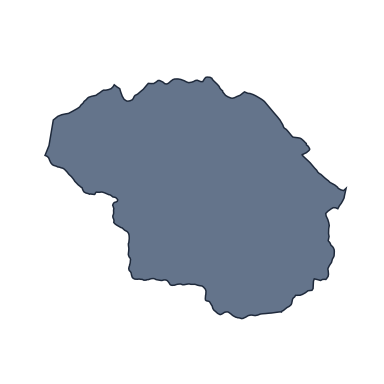 outline of Hiley, Geylegphug, Bhutan, rotated 100°
{"feature_id": "84629894B8166759987677", "entity_name": "Hiley", "entity_type": "district", "adm_level": 2, "iso_a3": "BTN", "parent_name": "Bhutan", "parent_adm1": "Geylegphug", "projection": "mercator", "projection_center": [90.268, 26.934], "detail": "fine", "context": "isolated", "style": "filled", "palette": "slate", "viewbox_px": 384, "rotation_deg": 100, "n_neighbors": 0, "source": "geoboundaries", "source_scale": "gbopen_adm2", "svg_char_len": 5985}
<svg xmlns="http://www.w3.org/2000/svg" viewBox="0 0 384 384"><g transform="rotate(100 192 192)"><path d="M76.6,192.1L75.9,194.2L76.0,194.9L76.2,197.0L76.7,198.3L77.7,199.0L78.7,199.5L79.7,199.9L81.4,200.6L81.8,202.4L81.5,203.9L81.0,206.3L81.6,208.0L82.9,209.6L83.9,211.4L84.9,214.2L84.6,216.4L83.8,218.8L83.1,222.6L83.1,225.3L83.7,228.6L84.6,230.3L86.5,232.1L89.0,234.1L90.0,235.6L90.1,237.5L88.8,239.7L87.8,243.3L88.1,244.8L89.9,246.4L91.8,248.5L92.3,251.0L92.6,253.9L94.9,255.3L99.3,257.8L102.0,260.1L105.2,262.7L106.7,264.8L107.9,265.5L110.2,266.1L111.6,266.9L112.9,268.8L113.7,270.9L113.7,272.3L112.5,275.0L109.8,277.3L106.0,279.5L102.8,281.1L101.6,284.0L99.9,287.2L102.0,288.0L104.3,289.6L105.7,292.1L106.7,294.6L107.1,296.9L108.4,298.4L110.2,300.0L111.8,301.8L113.4,303.2L115.2,307.5L116.6,310.1L117.6,311.1L119.4,312.2L121.5,314.0L123.4,314.7L125.7,316.5L127.8,317.4L130.0,319.7L133.5,324.0L136.0,327.2L137.2,330.5L138.5,333.7L140.8,337.3L145.2,341.1L171.1,340.9L181.5,343.1L181.8,341.7L182.1,340.8L183.1,339.3L184.0,338.6L185.4,337.8L187.8,336.1L189.3,334.3L189.8,333.0L190.1,330.5L190.3,329.5L190.6,328.9L190.6,326.6L190.9,325.2L191.0,323.4L191.4,322.3L192.0,321.2L194.0,318.5L196.0,316.3L197.8,313.4L200.1,310.8L201.8,309.3L204.8,305.2L205.6,303.6L206.4,302.4L206.8,301.1L207.9,300.5L209.3,299.6L210.6,298.5L211.0,297.5L211.4,296.4L211.6,293.7L212.0,292.7L211.6,291.8L211.4,287.7L210.8,287.1L209.9,287.0L208.8,286.3L208.4,283.3L207.7,281.0L207.7,280.0L207.8,279.2L208.0,277.9L208.8,274.5L209.1,273.3L209.0,272.6L209.2,271.7L209.8,270.5L210.6,269.1L210.6,266.8L210.8,266.2L211.1,265.5L212.4,263.9L213.0,263.8L214.1,264.0L214.8,264.7L215.8,266.7L216.9,267.4L218.0,267.7L218.9,267.8L219.8,267.2L221.9,266.1L223.5,266.1L226.4,265.5L227.6,265.5L229.0,265.8L230.0,265.7L231.1,265.3L232.2,264.5L233.9,263.8L235.5,263.8L236.1,263.2L237.0,261.9L237.8,260.1L238.7,257.6L239.0,256.8L239.4,255.7L239.5,254.5L241.2,251.9L241.5,251.2L242.0,249.6L242.3,248.9L242.8,248.2L243.4,247.7L244.1,247.1L245.0,246.7L245.8,246.4L247.4,246.0L249.0,245.7L250.6,245.6L253.0,245.4L253.6,245.7L255.0,245.5L258.6,244.4L261.2,244.1L264.5,243.9L265.4,243.5L266.9,242.6L267.8,241.5L268.7,241.0L269.5,240.7L270.3,240.8L271.9,240.6L273.6,240.6L274.4,240.8L275.2,240.7L276.8,241.0L277.6,241.0L278.4,241.0L279.2,240.7L279.9,240.4L280.5,239.8L280.9,239.1L281.5,238.5L282.1,238.0L282.8,237.7L284.4,237.1L285.1,236.7L285.8,236.4L286.5,235.9L287.0,235.3L287.3,234.5L287.6,233.8L287.7,233.0L287.5,231.4L287.4,230.6L286.9,229.0L286.9,227.4L286.8,226.6L286.7,225.8L287.2,224.2L287.1,223.4L286.9,222.6L286.7,221.8L286.2,221.2L285.9,219.8L284.7,217.6L284.4,216.9L284.2,216.1L284.0,215.3L283.9,214.5L284.0,213.7L284.5,212.1L284.5,211.3L284.5,209.6L284.5,207.2L284.4,206.4L284.1,205.6L283.7,204.9L283.4,204.1L283.3,203.3L283.2,202.5L283.4,201.7L283.6,200.9L284.1,200.3L284.6,199.7L285.8,198.5L286.4,198.0L287.0,197.4L287.3,196.7L287.4,195.9L287.3,195.1L286.7,192.7L286.2,192.0L285.5,190.6L285.0,189.0L284.8,188.2L284.6,187.4L284.7,186.6L285.0,185.0L284.8,184.2L284.6,183.4L283.7,181.1L283.2,179.6L283.0,178.8L283.1,177.1L283.0,176.3L282.4,173.1L282.5,172.1L282.8,170.5L282.9,168.8L282.9,168.0L282.8,166.4L282.9,165.6L283.3,164.8L283.7,164.1L284.7,162.8L285.2,162.2L285.9,161.7L286.6,161.3L287.3,161.0L288.1,160.9L290.5,160.6L291.3,160.7L294.6,160.4L295.4,160.2L296.1,159.9L296.5,159.2L296.7,158.4L296.7,157.6L296.7,156.8L296.9,156.0L297.4,155.3L298.0,154.8L299.9,153.2L300.4,152.6L301.1,152.2L302.6,151.5L303.3,151.1L303.9,150.5L304.5,150.0L304.9,149.3L305.7,147.9L307.0,145.8L307.3,145.0L307.8,143.4L307.8,142.8L307.3,141.9L306.5,140.8L305.4,139.7L304.8,139.0L304.5,138.3L304.2,137.5L304.0,136.7L303.9,135.9L304.1,135.1L304.4,134.4L305.5,132.2L306.0,131.5L306.3,130.8L306.7,130.1L307.0,129.3L307.2,128.5L307.5,127.8L307.7,127.0L307.7,126.2L307.9,125.4L307.8,124.6L307.8,123.0L307.9,122.2L308.1,121.4L307.9,120.6L307.6,119.8L306.2,117.8L305.7,117.1L304.6,115.9L304.1,115.3L303.7,114.6L303.4,113.8L303.1,113.1L302.9,112.3L302.8,111.5L302.8,109.0L302.7,108.2L302.1,106.7L301.8,105.9L300.5,103.8L300.2,103.1L299.7,101.5L298.9,98.3L298.0,95.2L297.8,94.4L297.6,93.6L297.4,92.8L295.4,86.6L294.9,85.0L294.7,84.2L294.7,83.0L293.9,82.8L293.3,82.2L292.9,81.5L289.2,78.3L288.1,76.8L287.3,76.0L285.7,74.8L284.4,74.5L281.5,74.4L280.4,74.4L279.6,74.2L278.6,73.7L277.5,72.7L275.8,72.1L274.9,67.6L273.7,65.5L271.5,62.8L269.1,60.6L268.0,56.8L266.1,56.0L258.7,56.9L256.3,56.5L256.5,53.0L256.8,50.0L255.5,48.4L255.0,46.5L254.9,45.0L254.1,44.5L251.5,43.3L249.3,43.3L245.9,44.2L244.4,44.8L243.6,44.8L241.4,44.2L239.5,43.5L237.2,42.4L235.0,42.2L233.3,42.0L232.0,41.4L230.3,41.0L228.3,41.2L225.9,41.5L224.1,42.0L222.5,43.0L221.2,44.3L220.5,45.7L218.0,47.4L216.4,49.4L212.0,49.3L209.3,50.3L204.5,51.0L201.2,51.0L198.5,52.0L195.5,53.5L192.4,55.7L189.9,56.6L187.3,54.8L184.4,52.0L182.9,50.2L182.6,47.8L183.2,45.5L180.1,44.5L177.1,43.0L174.3,42.0L171.5,41.2L168.9,41.2L161.6,40.9L164.3,43.0L164.0,45.8L163.0,48.6L162.0,49.5L160.4,52.4L158.5,58.0L157.2,59.7L156.9,60.4L154.9,64.0L154.0,65.4L152.3,68.1L151.6,70.0L150.5,71.7L149.0,72.9L147.1,75.5L142.9,80.5L141.5,82.5L138.4,87.3L137.0,89.3L136.6,89.8L136.0,90.0L135.5,89.1L134.4,87.6L133.6,86.4L132.9,85.7L132.1,85.2L131.6,84.6L130.9,84.1L130.2,83.7L129.4,83.5L128.7,83.9L126.8,85.5L125.7,87.5L124.3,87.9L123.9,88.7L122.4,90.7L121.5,92.1L120.7,93.5L120.4,94.3L120.2,95.1L120.2,95.9L120.2,97.5L120.4,100.8L120.4,101.6L120.3,102.4L119.3,103.7L115.6,108.0L114.4,109.5L113.9,110.2L113.3,111.7L112.9,112.4L112.3,113.0L110.9,113.8L110.2,114.2L106.4,117.4L105.8,117.9L105.3,118.5L103.1,121.0L99.5,125.4L90.6,136.0L90.1,136.7L89.7,137.4L88.6,139.6L87.7,141.9L86.3,145.7L85.6,148.1L85.4,148.9L84.9,152.0L85.1,154.1L84.3,157.7L85.2,158.6L88.3,161.3L90.2,164.4L91.8,166.6L92.7,168.6L92.7,170.1L92.0,173.3L91.0,175.8L88.1,179.1L87.1,179.4L86.3,180.8L85.3,182.1L84.7,182.7L83.4,183.6L82.8,184.2L81.4,186.0L79.2,189.3L78.2,190.7L77.3,191.7L76.6,192.1Z" fill="#64748b" stroke="#1e293b" stroke-width="1.5"/></g></svg>